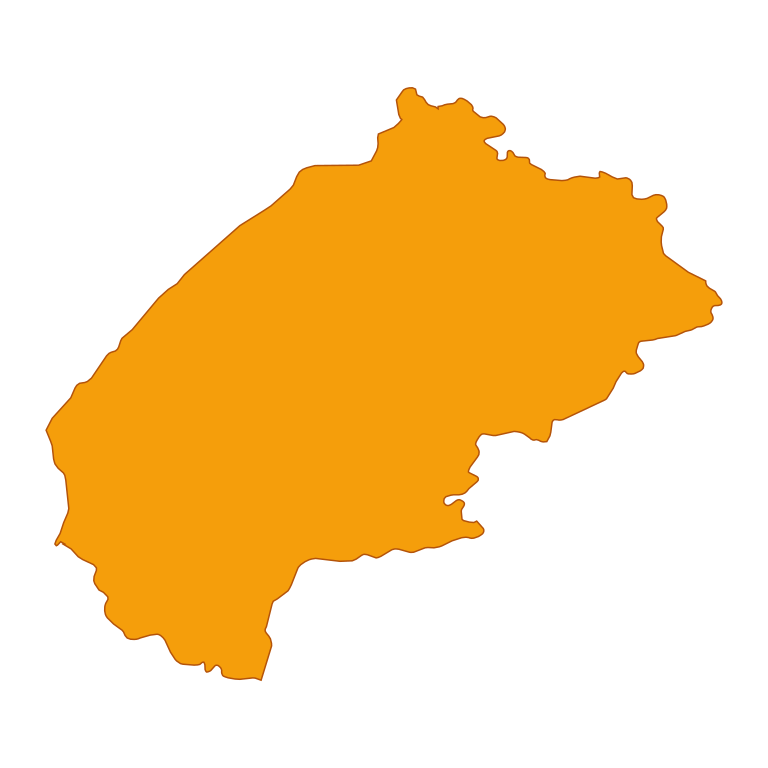 the border of L'viv
{"feature_id": "UKR-291", "entity_name": "L'viv", "entity_type": "Region", "adm_level": 1, "iso_a3": "UKR", "parent_name": "Ukraine", "parent_adm1": "", "projection": "equal_earth", "projection_center": [24.224, 49.684], "detail": "fine", "context": "isolated", "style": "filled", "palette": "amber", "viewbox_px": 768, "rotation_deg": 0, "n_neighbors": 0, "source": "natural_earth", "source_scale": "10m", "svg_char_len": 6078}
<svg xmlns="http://www.w3.org/2000/svg" viewBox="0 0 768 768"><path d="M56.3,545.7L54.9,544.0L56.2,540.3L60.1,533.5L63.7,522.6L67.8,513.1L68.8,508.6L65.8,480.2L64.8,475.3L63.4,472.9L58.2,468.3L55.1,464.1L54.5,462.4L53.6,458.9L52.2,445.8L50.6,441.2L46.1,430.2L52.2,418.3L70.8,397.8L75.1,387.9L76.8,385.3L79.6,383.3L84.8,382.5L87.4,381.5L91.5,378.1L106.6,355.8L109.0,353.4L111.1,352.3L115.4,351.0L117.5,349.2L118.7,347.0L120.7,340.8L122.0,338.3L132.2,329.7L158.6,298.1L168.3,289.4L177.2,283.7L184.5,274.5L239.9,225.6L264.0,210.5L271.0,205.9L290.1,189.1L293.4,185.1L296.7,176.6L299.3,172.1L302.6,169.5L306.7,167.8L315.0,165.6L358.6,165.2L371.3,160.9L376.6,150.9L377.7,147.6L378.1,143.6L377.7,137.7L378.4,134.0L393.9,127.5L398.4,123.5L401.5,120.0L401.8,119.4L400.5,118.5L398.8,114.5L396.4,100.0L401.9,92.1L403.6,89.9L406.1,88.6L409.2,87.9L412.5,87.8L415.5,89.1L416.9,94.8L419.2,96.1L422.6,97.1L424.5,99.5L426.1,102.3L428.2,104.6L431.0,105.8L435.4,106.9L438.1,108.8L438.1,106.5L442.2,105.8L444.6,104.8L447.3,104.2L453.1,103.6L455.2,102.6L456.1,101.8L457.4,100.0L459.0,98.6L460.0,98.3L462.0,98.4L464.2,99.3L467.1,101.0L471.4,104.7L472.6,106.7L473.0,108.2L472.7,109.3L472.8,110.4L473.3,111.3L480.2,116.9L483.2,117.7L485.8,117.6L490.0,116.3L491.3,116.2L493.9,116.8L496.2,117.9L503.4,124.5L504.6,126.3L505.3,128.4L505.3,129.6L504.6,131.8L503.1,133.5L501.4,134.9L499.2,135.9L487.3,138.3L485.2,139.4L484.5,140.1L484.1,141.0L484.4,142.0L485.7,143.6L495.8,150.3L497.0,151.4L497.6,153.4L496.9,158.1L497.1,159.1L498.2,160.0L499.8,160.5L503.2,160.4L504.9,159.8L506.2,159.0L506.8,158.1L507.2,157.1L507.4,152.3L507.9,151.3L508.8,150.7L510.1,150.6L511.5,151.2L513.0,152.6L514.9,155.9L516.2,156.6L518.0,157.2L525.7,157.5L527.2,157.7L528.4,158.3L529.3,159.6L529.5,160.9L529.5,162.1L529.7,163.2L531.5,164.6L541.4,169.5L543.9,171.5L545.2,173.3L544.8,175.7L545.1,176.8L545.5,177.8L547.4,179.0L550.0,179.6L561.9,180.6L565.4,180.3L567.8,179.8L569.8,178.7L572.0,177.8L574.5,177.1L580.0,176.2L595.2,178.2L598.2,177.8L599.7,177.0L599.3,173.4L599.5,172.3L600.1,171.5L602.4,172.0L605.7,173.3L612.4,177.0L617.4,179.0L625.8,177.8L627.0,178.0L629.4,179.2L630.6,180.3L631.9,182.4L632.3,185.8L631.9,194.6L633.5,197.7L636.8,198.9L641.7,199.3L644.6,199.0L647.1,198.4L653.4,195.3L655.9,194.7L658.9,194.8L661.5,195.5L663.7,196.6L664.7,198.0L665.7,200.0L666.7,204.2L666.8,206.5L666.6,208.2L665.5,210.2L664.0,211.8L657.1,217.5L656.5,218.3L656.6,219.7L657.5,221.6L662.1,226.1L663.2,227.6L663.3,229.2L661.4,236.7L661.2,242.0L661.6,245.7L663.5,253.4L665.7,255.8L688.4,272.3L705.7,280.9L705.8,283.1L706.5,285.0L707.0,286.0L709.4,288.2L714.6,291.2L715.4,291.9L717.5,295.6L720.5,298.8L721.5,300.7L721.8,301.8L721.9,302.9L721.5,304.0L720.4,304.9L718.1,305.5L714.7,305.6L713.2,306.2L712.1,307.4L711.0,309.8L710.8,311.4L711.0,312.7L712.0,314.5L712.8,316.6L713.0,317.7L713.0,318.9L712.6,320.0L711.4,321.8L710.1,323.0L708.1,324.2L703.9,325.9L701.4,326.6L697.8,326.8L696.5,327.2L691.9,329.7L690.4,330.2L685.2,331.4L676.6,335.3L675.3,335.7L657.5,338.5L655.2,339.4L652.6,340.0L641.2,341.2L639.8,341.7L638.7,342.6L637.9,344.8L636.3,350.2L636.2,352.7L636.6,353.8L638.2,356.7L642.3,361.7L643.3,363.7L643.6,364.7L643.6,365.9L643.4,367.1L643.1,368.3L642.0,369.5L640.4,370.8L635.0,373.4L633.6,373.8L631.5,374.0L628.5,373.9L627.2,373.5L625.1,371.3L623.9,371.2L622.7,371.9L621.4,373.2L616.0,381.7L613.2,388.2L606.5,398.8L605.1,399.8L563.2,419.5L560.9,420.0L559.0,420.1L557.5,419.8L554.4,419.6L553.1,420.4L552.1,422.1L550.8,432.1L549.9,435.9L546.8,441.6L543.3,441.9L542.1,441.7L540.7,441.3L538.6,440.2L536.3,439.6L534.1,440.1L532.9,440.0L530.9,439.0L529.9,438.0L524.5,434.1L522.4,433.0L519.8,432.2L517.1,431.7L514.1,431.4L495.8,435.5L493.1,435.5L484.5,433.9L483.0,433.9L481.8,434.2L480.4,435.3L479.0,437.0L476.8,440.6L475.9,442.6L475.6,444.2L475.9,445.2L477.7,447.9L479.0,451.0L479.1,452.2L478.8,454.7L477.4,457.1L470.1,467.0L468.7,470.0L468.4,471.9L469.2,472.7L476.8,476.5L477.6,477.2L478.2,478.1L478.3,479.2L478.1,480.4L476.9,481.8L469.0,488.5L466.7,491.4L465.0,492.9L462.2,494.2L458.9,494.8L453.5,494.8L450.8,495.2L445.9,496.7L444.2,498.6L443.8,500.7L443.8,502.1L444.2,503.3L444.9,504.1L445.7,504.9L446.8,505.4L448.1,505.6L449.3,505.3L451.4,504.3L456.4,500.5L457.8,499.9L459.2,499.7L460.4,500.0L462.5,501.1L463.4,501.8L464.1,502.6L464.4,503.6L464.3,504.8L463.7,506.2L461.7,509.3L461.3,510.6L461.3,511.8L462.0,519.3L463.6,520.6L469.3,522.1L473.9,522.5L476.7,521.1L483.2,528.4L483.7,529.4L483.8,530.5L483.7,531.7L483.2,532.8L482.5,533.8L480.9,535.0L478.5,536.5L473.9,538.1L471.6,538.3L469.8,538.0L468.8,537.6L465.9,537.2L461.7,537.7L452.1,540.8L441.8,545.9L439.3,546.8L434.0,547.8L427.9,547.5L425.1,547.8L413.7,552.2L410.9,552.4L409.4,552.2L398.8,549.2L395.8,548.9L394.4,549.0L391.9,549.7L380.9,556.3L378.1,557.5L376.1,557.9L367.3,554.7L364.5,554.3L363.2,554.5L361.5,555.4L356.2,559.1L352.3,560.8L340.0,561.3L315.6,558.4L311.7,559.0L309.2,559.7L305.0,561.7L300.7,564.7L298.4,567.2L297.8,568.3L291.4,584.6L289.5,588.4L288.0,590.8L277.3,598.9L273.3,601.2L272.1,603.9L266.4,626.7L265.4,628.7L265.1,630.0L265.3,631.4L266.3,633.1L268.7,636.0L270.4,638.8L271.5,643.3L271.6,645.9L261.1,680.2L255.2,678.1L252.8,677.9L239.9,679.3L235.0,679.0L228.1,677.8L225.3,676.9L223.4,676.1L222.6,675.3L221.8,673.4L221.6,672.1L221.7,670.5L221.3,669.0L220.5,667.6L218.3,665.6L216.8,665.2L215.5,665.4L214.7,666.1L210.9,670.4L209.7,671.2L207.8,671.9L206.5,672.0L205.7,671.0L205.1,669.5L204.9,664.8L204.0,662.3L203.1,662.1L202.2,662.4L199.8,664.4L197.5,664.9L194.1,665.1L182.9,664.2L180.5,663.6L176.7,661.0L175.2,659.4L170.5,652.2L165.0,640.2L163.0,637.6L160.6,635.5L158.9,634.6L157.1,634.2L150.2,635.1L140.4,637.9L138.2,638.8L136.5,639.2L134.3,639.4L130.5,639.2L127.2,638.0L125.1,635.5L123.5,631.9L122.1,630.2L113.6,624.0L107.4,617.9L106.2,616.1L105.4,614.3L104.7,610.8L104.8,607.0L105.0,605.7L105.7,603.4L108.0,599.3L107.8,596.8L103.4,592.3L99.0,590.0L94.8,583.7L93.8,580.7L94.1,576.5L96.4,570.4L96.4,567.8L93.5,564.6L82.6,559.5L78.2,556.7L71.1,548.9L63.3,544.2L64.5,543.9L60.7,541.7L57.5,545.1L56.3,545.7Z" fill="#f59e0b" stroke="#b45309" stroke-width="1.5"/></svg>